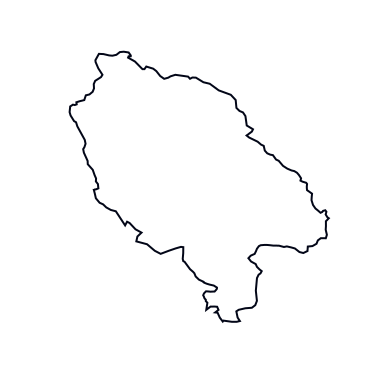 the district of Pita, Pita, Guinea, rotated 107°
{"feature_id": "49546643B45846614697329", "entity_name": "Pita", "entity_type": "district", "adm_level": 2, "iso_a3": "GIN", "parent_name": "Guinea", "parent_adm1": "Pita", "projection": "robinson", "projection_center": [-12.584, 10.91], "detail": "fine", "context": "isolated", "style": "outline", "palette": "ink", "viewbox_px": 384, "rotation_deg": 107, "n_neighbors": 0, "source": "geoboundaries", "source_scale": "gbopen_adm2", "svg_char_len": 2904}
<svg xmlns="http://www.w3.org/2000/svg" viewBox="0 0 384 384"><g transform="rotate(107 192 192)"><path d="M301.4,108.5L298.7,111.7L293.2,114.7L291.0,112.9L287.6,107.0L285.2,100.9L281.7,98.4L277.1,98.1L267.7,102.1L255.3,104.7L251.6,104.1L249.8,102.7L247.3,102.2L246.3,104.8L244.6,108.0L242.3,110.0L241.2,115.2L238.8,118.7L235.7,117.2L234.8,116.2L232.9,114.0L229.9,113.5L227.3,113.3L224.2,112.2L222.8,110.7L221.3,106.9L220.8,105.2L220.2,102.5L219.5,98.6L218.9,96.7L217.9,93.1L217.7,88.0L216.3,85.4L216.0,81.0L215.9,77.1L218.0,71.7L217.8,67.7L214.7,64.3L210.3,65.3L208.5,61.0L205.1,57.8L201.5,57.5L198.5,55.3L197.1,50.5L193.5,50.5L189.0,53.1L186.9,53.6L185.6,53.9L180.8,55.4L177.1,53.5L176.6,55.1L174.4,57.6L171.6,57.7L170.5,59.2L171.7,61.1L173.0,61.6L174.3,63.0L172.9,66.1L171.7,69.1L169.0,72.5L164.9,75.3L161.6,76.1L158.5,76.7L156.6,82.5L154.8,83.3L152.9,83.9L150.7,84.3L149.8,85.5L149.8,89.4L149.4,91.6L147.0,91.7L144.5,94.7L142.9,97.2L142.1,100.3L142.3,103.1L141.8,107.7L140.4,112.6L136.8,118.2L136.4,121.1L133.1,125.4L133.4,128.1L133.0,131.4L131.1,134.5L126.9,136.9L126.5,139.8L124.7,143.9L123.2,153.3L122.0,156.3L116.7,152.4L114.2,152.0L112.4,159.1L103.8,163.1L101.0,166.5L100.6,170.3L98.6,174.1L91.3,177.1L87.7,183.3L87.0,196.1L83.3,206.7L83.7,213.2L81.5,221.7L82.4,225.1L84.3,227.0L82.8,229.5L84.8,242.2L87.7,246.4L89.6,248.1L91.9,251.7L90.4,256.3L86.8,261.5L85.4,265.2L85.4,272.4L88.4,273.4L89.0,275.3L83.9,284.7L82.2,292.4L80.8,292.3L80.1,290.3L79.3,290.5L77.1,293.4L77.8,298.3L79.3,301.9L82.9,304.4L84.9,307.9L85.6,311.1L86.0,317.0L87.1,321.4L94.2,322.9L95.9,322.2L101.1,317.8L106.1,311.9L108.7,312.6L111.1,314.6L114.0,317.1L117.5,317.5L121.6,316.0L125.2,316.3L128.7,318.6L130.6,321.8L135.6,321.9L138.0,325.9L140.0,328.8L141.9,327.9L143.1,329.5L143.3,331.4L145.8,333.5L151.4,332.4L154.3,330.5L158.7,325.5L159.2,323.3L162.8,320.8L173.5,309.8L175.7,308.6L177.0,307.9L180.6,308.0L182.8,308.6L186.0,306.9L192.8,300.9L195.9,299.8L199.8,293.4L204.3,290.1L207.1,287.7L210.0,287.0L211.9,284.3L215.9,282.6L217.4,284.4L218.1,285.8L218.7,285.9L218.8,286.4L221.9,284.5L226.1,282.1L229.3,277.2L229.8,273.4L231.8,269.5L232.9,264.4L232.7,259.2L243.5,246.2L239.4,245.4L239.9,242.6L244.2,235.1L245.6,228.4L250.5,231.2L255.5,230.8L255.1,219.7L259.1,210.4L260.3,203.9L254.9,196.9L250.7,191.1L247.7,186.5L247.3,184.2L253.1,182.5L258.7,181.3L260.7,180.1L260.9,178.7L266.4,171.3L268.0,167.7L269.0,166.0L271.7,163.8L273.8,159.7L274.6,153.9L274.8,154.8L275.1,154.1L275.2,153.4L275.4,151.2L275.4,148.2L275.1,143.8L276.1,140.2L277.3,139.9L278.7,140.4L280.6,141.3L281.3,143.5L281.9,145.0L282.4,147.6L282.9,149.6L285.5,150.9L287.5,151.1L288.5,150.1L290.1,148.9L291.0,147.3L292.3,146.9L293.4,144.9L300.5,143.9L296.2,140.8L295.0,137.1L294.4,134.4L297.0,132.2L300.4,134.6L300.1,133.0L300.0,132.2L304.0,128.7L306.9,124.7L305.8,124.3L304.5,116.1L303.0,111.2L301.4,108.5Z" fill="none" stroke="#020617" stroke-width="2"/></g></svg>